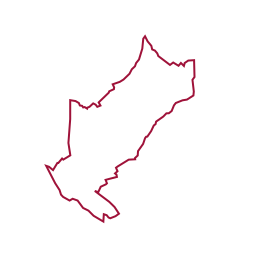 outline of Cork City South Central Lea-6, Cork, Ireland, rotated 233°
{"feature_id": "5873133B95001946419270", "entity_name": "Cork City South Central Lea-6", "entity_type": "district", "adm_level": 2, "iso_a3": "IRL", "parent_name": "Ireland", "parent_adm1": "Cork", "projection": "mercator", "projection_center": [-8.467, 51.868], "detail": "fine", "context": "isolated", "style": "outline", "palette": "rose", "viewbox_px": 256, "rotation_deg": 233, "n_neighbors": 0, "source": "geoboundaries", "source_scale": "gbopen_adm2", "svg_char_len": 1433}
<svg xmlns="http://www.w3.org/2000/svg" viewBox="0 0 256 256"><g transform="rotate(233 128 128)"><path d="M191.0,196.8L190.1,193.9L182.8,187.2L176.1,178.0L175.0,173.6L173.1,170.7L172.6,166.4L170.4,161.8L169.4,153.6L169.8,149.2L172.1,142.1L168.8,141.4L167.5,140.1L168.6,135.1L167.8,133.9L166.1,120.0L162.5,119.5L163.4,116.2L166.1,116.2L168.6,115.0L168.1,110.0L168.7,107.8L168.1,107.0L170.8,106.0L171.4,104.6L173.3,104.7L175.0,103.1L177.5,103.8L181.1,102.3L185.0,98.6L169.9,87.2L151.9,71.4L140.9,65.5L141.7,57.3L143.3,57.0L142.0,51.3L142.6,50.6L139.5,42.8L144.5,41.6L147.0,39.9L127.7,36.6L119.6,36.0L115.1,34.4L112.0,34.7L105.2,37.7L104.8,41.2L100.4,44.1L91.2,44.0L85.8,46.7L78.6,47.7L68.1,52.0L73.7,56.8L71.2,58.5L68.2,58.6L66.6,59.5L65.1,64.9L65.0,69.2L73.0,69.7L80.3,68.6L97.7,63.6L94.7,65.7L97.5,70.9L96.3,76.5L96.5,77.9L100.1,78.9L95.6,89.7L97.6,90.7L99.5,90.3L99.8,93.6L103.5,94.5L103.5,96.6L102.3,109.5L98.7,114.9L99.8,115.5L100.2,119.2L103.5,122.1L106.2,130.5L109.6,135.5L110.1,137.2L109.5,138.3L111.6,144.6L114.5,150.1L114.5,152.3L116.2,154.3L115.9,163.1L116.6,167.5L115.2,169.5L115.3,173.1L118.4,178.3L119.2,181.2L117.3,188.2L115.2,192.2L114.6,199.8L117.5,202.5L127.7,208.5L128.7,211.8L142.4,221.6L145.6,216.7L145.8,212.4L143.9,210.0L148.1,209.4L147.3,205.8L153.1,203.5L153.1,199.5L167.2,195.5L170.0,196.3L173.6,196.1L176.2,194.6L179.6,196.1L185.3,195.8L191.0,196.8Z" fill="none" stroke="#9f1239" stroke-width="2"/></g></svg>